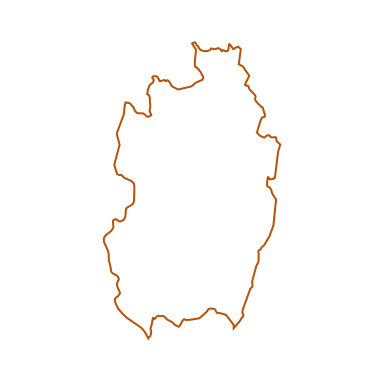 Banskobystrický, Equal Earth projection, rotated 104°
{"feature_id": "SVK-1052", "entity_name": "Banskobystrický", "entity_type": "Region", "adm_level": 1, "iso_a3": "SVK", "parent_name": "Slovakia", "parent_adm1": "", "projection": "equal_earth", "projection_center": [19.313, 48.501], "detail": "fine", "context": "isolated", "style": "outline", "palette": "amber", "viewbox_px": 384, "rotation_deg": 104, "n_neighbors": 0, "source": "natural_earth", "source_scale": "10m", "svg_char_len": 5477}
<svg xmlns="http://www.w3.org/2000/svg" viewBox="0 0 384 384"><g transform="rotate(104 192 192)"><path d="M344.4,199.2L339.8,203.4L337.5,206.0L335.7,209.1L329.8,224.8L326.6,230.5L322.8,235.6L318.3,239.4L314.8,241.0L312.9,240.3L311.2,238.7L308.1,237.4L306.4,238.0L301.7,241.7L299.2,242.7L296.4,242.4L294.9,241.9L293.5,242.2L291.6,244.1L291.0,245.5L290.2,249.1L289.1,250.9L287.8,251.7L284.9,252.7L278.7,255.9L278.2,256.2L272.3,257.8L268.8,259.7L261.8,265.3L258.2,266.4L255.0,265.4L249.1,260.8L245.3,259.7L239.7,261.6L238.2,261.4L236.8,259.5L237.1,257.9L238.0,256.1L237.9,254.2L235.2,251.3L231.6,250.8L224.4,252.0L222.9,251.3L219.5,247.8L217.8,246.5L216.2,246.1L214.6,246.1L200.4,249.3L197.7,250.6L196.0,253.5L194.6,261.2L192.7,264.3L192.6,264.5L192.7,264.8L193.0,265.8L193.1,266.9L193.0,268.0L192.7,269.0L184.5,274.0L163.6,273.7L154.3,278.8L152.6,279.1L133.5,277.0L124.2,278.2L121.2,278.1L121.0,276.2L121.0,273.7L121.3,273.1L123.0,270.8L123.5,269.9L123.9,269.3L124.5,268.8L125.2,268.4L125.9,267.9L126.9,267.0L128.0,265.7L128.5,264.4L128.6,263.0L127.7,259.4L127.6,258.3L128.1,256.9L128.4,256.1L128.7,255.5L129.4,254.6L129.6,254.2L129.6,253.8L129.6,253.3L129.7,252.9L129.5,252.4L129.3,252.1L127.2,250.1L124.7,252.0L123.9,252.6L123.1,252.9L122.3,253.0L121.8,253.0L120.9,252.8L120.5,252.9L119.9,253.1L117.3,253.6L115.2,254.6L114.4,254.8L113.3,255.0L112.1,255.3L111.5,255.6L110.9,255.9L109.8,256.1L109.3,256.5L108.8,257.0L108.3,257.8L108.1,258.4L108.0,258.8L107.9,259.1L107.5,259.2L106.6,259.1L105.9,259.1L104.4,259.5L103.6,259.6L102.8,259.5L101.6,259.2L101.1,259.2L100.3,259.3L99.9,259.3L99.2,259.1L98.5,258.8L95.5,256.7L94.9,256.4L94.0,256.3L93.2,256.2L92.6,256.2L92.1,256.5L91.7,256.8L91.3,257.5L91.0,257.9L90.6,258.2L90.2,258.3L89.8,258.2L89.4,257.9L89.0,257.3L88.7,256.5L88.5,255.5L88.5,254.3L88.7,253.5L89.5,252.5L90.6,251.6L91.2,250.9L92.0,250.6L92.2,250.3L92.1,249.7L91.5,248.4L90.3,246.5L90.0,245.7L90.1,245.2L90.7,244.8L90.9,244.5L90.9,244.2L89.5,242.9L89.6,242.2L90.2,241.2L91.9,239.2L93.8,237.6L94.3,236.7L94.6,235.9L95.9,230.3L89.9,218.5L88.9,217.5L84.9,214.6L80.5,209.0L78.7,208.6L78.0,208.9L77.2,209.3L75.7,210.8L73.5,212.7L73.0,213.2L72.5,214.1L71.6,214.9L71.4,215.2L71.3,215.7L71.1,216.2L70.8,216.6L70.1,217.3L70.0,217.9L70.0,218.5L69.8,219.0L69.4,219.5L64.5,220.9L54.8,222.2L52.8,222.7L51.6,223.9L50.5,225.3L50.2,225.7L49.1,226.4L48.7,226.9L48.2,227.7L47.5,227.7L46.0,225.4L46.7,224.5L48.0,223.4L48.4,223.0L48.7,222.5L48.9,222.0L49.0,221.5L49.3,221.1L50.3,220.4L50.8,219.9L51.5,219.1L51.9,218.1L52.2,216.9L52.4,215.6L52.2,214.0L51.6,211.4L50.4,209.5L49.6,208.7L48.9,208.5L48.4,208.4L48.1,208.2L48.0,207.5L48.1,206.4L48.1,205.2L47.8,204.1L46.5,202.1L46.0,201.0L46.2,199.8L46.6,199.2L47.9,197.7L48.1,197.4L48.0,197.1L47.1,197.0L46.8,196.7L46.8,196.1L47.0,194.9L47.1,194.0L47.2,193.0L46.9,192.1L46.4,191.6L45.1,191.2L43.7,191.2L40.0,191.9L39.6,191.6L39.8,190.9L40.8,189.4L43.0,187.0L43.4,186.5L43.1,185.9L42.0,185.3L39.8,182.3L41.6,179.2L56.7,177.5L56.7,177.1L56.8,176.8L57.3,175.5L57.4,175.2L57.4,174.9L57.4,174.6L57.4,174.2L57.5,173.9L57.7,173.3L58.1,172.7L58.8,171.8L61.1,169.5L65.3,164.5L73.7,166.4L74.5,166.4L75.6,166.2L75.6,165.4L75.3,163.7L75.5,163.2L76.1,162.7L78.3,161.1L78.9,160.5L82.5,154.6L83.3,153.8L84.1,153.4L86.4,153.3L87.1,153.1L87.7,152.8L89.8,150.0L91.7,146.8L92.2,146.1L92.5,145.6L92.7,145.2L92.8,143.9L99.4,140.0L101.3,139.5L101.5,139.8L101.7,140.2L101.8,140.6L102.1,140.9L102.3,141.1L102.5,141.4L102.9,141.9L103.0,142.2L105.6,142.7L118.6,143.4L120.8,140.1L121.1,138.9L121.6,136.6L121.7,135.6L121.6,135.0L121.4,134.7L119.3,133.2L118.5,131.8L118.3,130.9L118.5,130.3L119.0,129.8L119.6,129.1L119.7,128.2L119.6,127.1L118.7,124.7L118.7,124.0L119.0,123.5L121.6,122.5L122.3,121.8L122.8,121.3L124.6,117.8L131.9,118.2L157.3,115.1L158.5,115.1L158.7,115.5L159.0,116.2L159.2,116.4L159.7,116.6L160.1,117.0L160.4,117.8L160.6,119.3L160.7,120.1L160.6,120.5L159.9,120.7L159.7,120.8L159.6,121.0L159.2,121.8L159.5,122.0L160.0,122.0L166.2,121.2L167.1,120.9L167.9,120.4L168.2,120.1L168.4,119.8L168.5,119.4L168.8,118.1L169.0,117.4L170.7,115.6L173.9,114.0L179.0,108.6L204.8,104.9L216.5,106.2L226.4,109.2L227.5,110.0L228.4,110.8L228.9,111.1L230.5,111.4L231.0,111.6L231.5,112.0L231.9,112.5L232.7,113.1L233.3,113.3L233.8,113.3L235.7,112.4L242.7,110.7L244.1,110.7L248.5,111.7L263.2,112.0L263.6,111.9L265.4,111.7L268.1,110.6L268.9,110.6L269.6,110.7L271.6,112.0L293.8,114.3L296.7,114.1L299.0,112.3L300.1,112.3L302.9,113.6L305.9,114.4L306.7,114.8L307.9,115.5L314.1,118.6L310.7,119.5L303.5,128.7L302.8,129.8L303.0,130.8L302.9,131.4L302.8,131.9L302.8,133.8L302.7,135.3L303.2,137.3L303.3,138.3L302.6,139.2L301.9,139.9L301.1,140.6L300.6,141.1L300.2,141.6L300.1,142.5L300.2,143.7L300.7,146.0L301.3,147.2L302.5,148.2L304.3,148.5L304.6,148.7L312.6,154.2L313.4,155.7L316.7,163.6L317.7,167.2L317.6,167.6L317.4,167.9L317.4,168.4L317.4,168.8L317.7,169.2L318.2,169.6L319.6,170.2L320.7,170.5L322.4,170.7L322.9,170.9L324.2,171.5L325.6,171.9L325.9,172.1L326.0,172.5L325.6,173.8L325.0,176.4L324.8,177.0L324.5,177.5L324.1,177.9L323.7,178.6L323.3,179.3L322.9,180.4L321.8,185.1L321.4,185.9L320.6,187.0L320.0,188.0L319.6,188.9L319.3,190.2L319.4,191.0L319.6,191.7L320.1,192.6L320.3,193.1L320.3,193.7L320.2,194.2L320.1,194.7L320.5,195.3L321.3,196.0L324.0,197.4L324.4,197.8L324.2,198.1L324.0,198.5L323.8,198.8L323.6,199.1L323.7,199.4L324.4,199.4L330.9,199.0L333.3,199.2L334.6,199.2L337.2,197.9L338.4,197.6L341.7,197.5L344.3,199.2L344.4,199.2Z" fill="none" stroke="#b45309" stroke-width="2"/></g></svg>